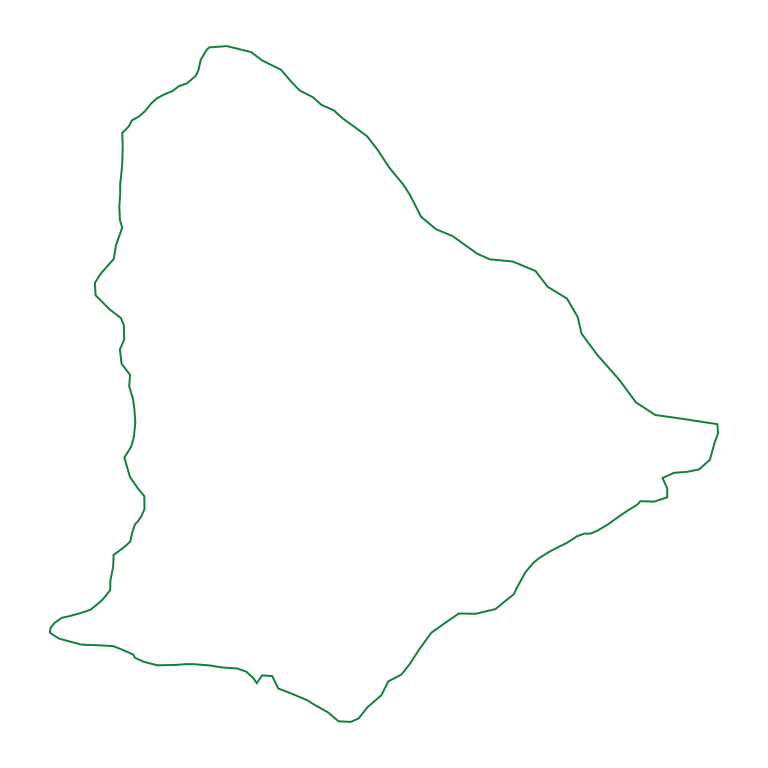 outline of Gobustan District, Qobustan, Azerbaijan
{"feature_id": "54616110B43271825035432", "entity_name": "Gobustan District", "entity_type": "district", "adm_level": 2, "iso_a3": "AZE", "parent_name": "Azerbaijan", "parent_adm1": "Qobustan", "projection": "mercator", "projection_center": [48.924, 40.545], "detail": "fine", "context": "isolated", "style": "outline", "palette": "green", "viewbox_px": 768, "rotation_deg": 0, "n_neighbors": 0, "source": "geoboundaries", "source_scale": "gbopen_adm2", "svg_char_len": 2146}
<svg xmlns="http://www.w3.org/2000/svg" viewBox="0 0 768 768"><path d="M209.3,47.4L206.9,49.6L200.8,59.6L198.4,70.3L195.8,75.8L186.9,83.4L178.7,86.2L172.9,90.8L164.5,94.3L156.8,98.4L151.1,103.5L144.9,111.3L139.2,116.2L131.8,120.5L128.7,126.5L122.2,133.0L122.7,145.7L122.2,165.0L120.2,184.2L120.2,194.4L119.3,206.3L119.9,219.8L122.2,227.7L116.0,245.2L113.7,259.0L100.8,273.6L94.9,282.8L95.6,295.3L109.4,309.2L120.9,318.1L123.9,325.4L124.2,339.5L119.9,349.5L121.6,363.8L130.0,374.8L129.2,386.4L132.9,398.5L134.4,409.0L135.3,422.7L133.8,437.5L131.1,446.8L124.3,457.6L130.0,477.0L138.0,488.6L144.3,496.2L144.5,509.1L141.8,515.4L137.6,521.8L135.1,524.1L132.3,532.3L130.2,541.6L123.5,547.7L113.6,554.9L113.2,566.3L110.4,580.5L110.2,590.2L102.7,599.5L98.0,603.7L90.7,609.6L81.4,612.8L69.6,616.1L61.9,617.8L54.5,622.9L50.5,628.0L49.9,632.8L58.9,638.5L68.8,641.3L81.4,644.6L99.3,645.3L113.0,646.1L122.2,649.7L133.4,654.6L134.8,657.7L142.5,661.3L143.5,661.7L157.3,665.3L176.1,664.9L186.6,664.1L193.3,664.1L210.1,665.5L221.5,667.4L237.3,668.5L246.3,671.7L253.2,678.0L256.8,683.1L262.1,675.4L272.1,676.0L278.4,688.6L290.0,693.0L306.6,699.9L315.3,705.3L328.2,712.5L338.5,721.3L350.7,721.9L358.6,718.5L367.6,707.1L381.4,695.2L388.3,681.4L401.5,674.5L409.9,663.8L419.9,648.4L431.5,632.6L444.7,623.2L458.8,613.5L475.7,613.8L495.4,609.1L513.9,594.1L516.9,587.7L520.5,581.2L525.3,572.4L533.5,562.7L539.4,557.9L549.8,551.5L559.6,546.4L567.4,542.6L576.8,536.4L584.3,533.6L590.5,533.6L597.3,530.7L608.1,524.3L619.3,516.2L627.7,510.6L637.6,504.4L640.4,501.2L654.2,501.6L667.2,497.3L667.2,488.5L662.6,478.0L674.0,472.8L687.3,471.8L699.1,469.4L709.9,459.7L714.3,443.8L718.1,433.0L717.3,424.1L703.6,422.1L682.4,418.8L655.3,415.0L636.0,402.4L618.9,379.3L597.1,354.7L581.6,333.7L577.6,316.8L567.0,298.6L547.7,286.8L535.5,271.0L512.7,261.5L489.8,259.3L477.3,253.8L452.6,236.1L436.1,229.3L421.1,216.8L410.0,195.0L403.5,184.9L389.1,167.4L377.1,149.1L367.1,136.3L352.4,125.4L342.9,118.6L333.9,110.4L321.6,104.9L321.2,104.7L313.0,97.3L299.7,90.5L291.3,81.8L281.0,69.8L262.2,60.5L251.1,52.1L226.9,46.1L209.3,47.4L209.3,47.4Z" fill="none" stroke="#15803d" stroke-width="2"/></svg>